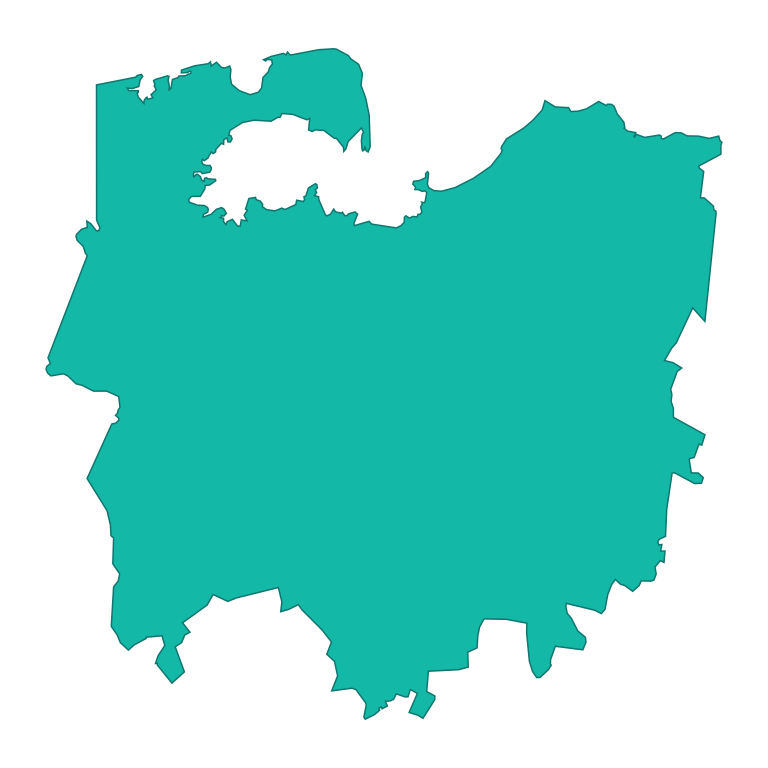 San Antero, Córdoba, Colombia (Natural Earth projection)
{"feature_id": "7082276B13648445071260", "entity_name": "San Antero", "entity_type": "district", "adm_level": 2, "iso_a3": "COL", "parent_name": "Colombia", "parent_adm1": "Córdoba", "projection": "natural_earth1", "projection_center": [-75.777, 9.358], "detail": "fine", "context": "isolated", "style": "filled", "palette": "teal", "viewbox_px": 768, "rotation_deg": 0, "n_neighbors": 0, "source": "geoboundaries", "source_scale": "gbopen_adm2", "svg_char_len": 6027}
<svg xmlns="http://www.w3.org/2000/svg" viewBox="0 0 768 768"><path d="M423.0,718.3L434.8,699.6L434.8,695.9L426.7,691.6L428.4,671.2L458.4,669.7L468.2,667.2L467.8,652.2L477.1,647.8L477.8,635.7L479.6,627.0L484.0,618.9L506.2,619.3L526.9,623.2L526.6,632.6L529.4,661.4L532.6,671.6L536.7,677.6L540.2,677.4L548.3,669.7L551.2,665.2L550.4,663.9L550.6,659.5L555.3,646.3L582.9,649.8L586.0,642.1L585.4,637.3L577.8,630.9L571.3,618.2L567.2,613.4L565.8,606.2L566.3,603.4L594.7,610.2L601.3,613.6L605.0,609.4L607.7,594.8L611.5,584.8L615.3,579.5L620.6,584.3L624.6,585.4L632.7,591.3L639.1,585.6L641.2,580.9L651.1,581.1L654.0,580.0L656.2,574.0L655.0,566.9L660.4,560.7L664.0,562.4L665.0,551.0L660.6,551.1L661.9,544.5L658.8,544.9L657.8,541.8L659.2,539.3L665.5,536.4L666.7,509.5L672.1,473.2L674.1,472.6L694.7,483.6L701.5,483.2L703.3,477.6L698.3,473.0L691.3,472.9L689.3,460.2L689.6,458.6L694.1,457.5L699.0,444.2L701.8,445.1L705.0,434.8L673.4,417.3L673.4,408.6L671.1,401.3L671.9,394.6L670.7,389.2L677.2,371.5L681.7,368.0L673.0,362.7L664.5,360.5L671.7,348.1L676.2,343.0L692.7,307.9L704.9,321.4L716.1,213.2L715.8,211.0L713.9,210.0L713.4,206.1L704.2,197.9L700.4,197.8L703.7,171.5L699.2,168.0L698.6,166.1L720.9,154.2L720.9,145.3L721.9,142.3L720.0,140.7L718.7,136.1L709.3,138.4L698.5,136.1L687.1,135.9L681.3,132.9L675.3,132.6L663.3,139.0L661.3,138.3L661.1,136.0L659.6,135.0L644.7,137.4L636.0,134.2L634.8,136.9L634.1,136.6L635.7,132.6L627.5,131.1L624.1,128.1L624.8,127.3L623.8,122.1L617.2,113.9L614.2,106.5L611.7,104.4L607.4,104.2L606.5,105.6L598.6,101.5L586.5,108.9L577.8,111.2L570.8,111.5L568.6,107.7L555.2,106.9L545.0,100.6L542.1,110.1L532.8,120.3L523.8,128.0L506.5,138.9L501.7,146.4L501.1,148.8L502.3,150.3L500.9,153.4L490.8,166.3L473.6,178.2L455.3,187.5L441.6,191.2L434.0,190.6L428.7,187.7L427.4,184.0L428.6,173.2L427.5,171.6L425.6,173.6L425.7,177.6L419.7,180.5L413.6,181.3L412.8,184.1L415.6,187.2L414.9,189.6L418.3,189.6L422.3,191.4L424.9,190.8L426.8,192.6L425.2,201.1L424.4,202.7L421.8,202.2L422.5,203.2L420.6,207.0L421.9,212.2L419.8,214.4L418.0,214.3L417.0,217.0L413.0,216.4L409.4,218.1L405.9,215.8L404.4,217.2L404.2,222.3L400.9,225.7L396.3,227.9L371.6,224.1L369.2,221.3L354.5,225.6L353.8,223.7L357.6,214.2L355.0,211.9L348.5,213.9L347.2,215.6L344.7,215.6L342.4,212.2L341.8,213.2L335.6,211.9L333.7,209.1L330.5,214.2L326.9,215.9L325.4,214.8L318.9,199.8L318.6,196.7L314.4,195.6L316.6,192.6L315.2,189.7L317.4,188.0L316.8,184.6L315.4,183.7L308.4,188.0L306.0,195.7L303.9,196.9L304.6,199.8L303.4,201.5L296.7,200.2L295.8,204.5L285.1,209.5L281.8,208.1L275.0,210.9L266.5,209.6L262.4,206.7L262.6,204.2L260.3,201.1L256.2,199.7L255.5,197.4L248.9,198.5L245.5,209.2L247.4,210.1L244.1,215.2L247.1,220.9L241.3,219.9L240.2,226.1L237.6,226.1L232.4,219.3L227.2,221.7L225.9,224.6L223.6,221.7L223.6,218.3L220.2,217.6L221.5,216.9L221.5,215.4L223.8,216.1L226.4,213.5L224.0,209.2L221.6,207.6L216.3,209.3L211.2,214.3L203.1,217.1L203.3,214.5L207.6,212.3L208.3,209.4L207.5,207.5L204.4,205.5L197.6,205.2L189.5,202.3L188.5,199.8L191.4,196.4L200.3,196.3L204.8,189.0L205.3,185.4L209.6,185.0L215.8,180.7L215.4,179.4L208.0,178.8L206.6,177.8L204.5,178.4L204.2,181.3L201.6,180.2L200.5,176.8L197.6,174.3L196.3,174.3L194.0,176.8L193.4,175.8L193.8,172.1L200.5,171.6L202.4,173.6L209.7,172.2L211.1,169.8L211.4,167.6L209.9,165.4L206.0,165.5L202.7,164.0L201.7,161.5L202.4,159.4L204.2,160.7L207.8,158.2L211.2,152.0L213.2,153.6L215.6,151.9L215.8,149.4L221.4,143.3L223.6,144.3L223.8,139.7L227.0,137.9L227.9,141.9L230.5,141.9L232.1,138.8L230.8,135.6L228.7,135.4L230.1,130.3L242.5,122.5L254.0,120.2L271.1,121.2L277.7,117.4L280.2,117.2L281.9,113.5L292.9,114.4L306.9,119.8L309.7,118.4L308.6,130.0L312.2,131.5L315.3,129.9L324.0,130.5L334.1,138.2L336.3,138.2L343.4,147.1L343.8,151.4L346.0,148.7L348.1,141.6L361.4,128.0L363.6,132.3L362.3,134.1L361.4,140.7L362.0,149.3L362.8,150.9L364.2,149.8L364.9,146.4L366.0,150.5L368.1,152.0L370.2,146.8L369.2,115.2L365.8,98.5L361.0,85.3L362.4,73.4L358.7,64.4L351.0,59.0L348.4,55.6L336.3,49.1L333.2,48.8L318.6,49.7L290.3,55.1L287.5,52.1L286.1,54.8L283.4,53.4L271.2,56.4L263.5,59.7L265.5,61.0L267.1,59.4L271.7,60.0L272.4,63.9L269.6,67.6L268.3,71.9L263.0,77.5L261.6,87.9L258.4,92.2L250.2,94.7L239.2,90.6L231.6,84.2L230.2,77.0L230.9,69.7L229.7,66.0L224.9,68.0L221.4,67.4L216.5,62.3L211.2,66.0L210.5,61.9L208.3,63.7L194.6,65.8L181.5,70.1L181.3,72.9L187.7,72.5L189.3,71.1L190.9,71.3L191.1,72.9L185.2,75.8L178.9,76.0L178.3,77.5L172.4,79.5L171.1,88.3L170.1,87.9L169.0,90.8L169.4,86.3L168.1,80.1L169.0,76.4L167.6,75.8L155.2,79.5L153.6,80.7L154.9,84.4L154.2,85.9L156.3,89.8L151.0,94.7L152.9,97.8L147.5,99.4L147.1,97.2L146.2,97.6L144.3,100.0L143.9,103.5L138.1,96.9L137.2,92.8L138.3,92.4L138.3,90.6L128.8,90.6L127.2,88.1L132.5,88.5L138.8,86.5L140.1,80.1L142.7,76.4L141.5,74.5L137.4,75.4L135.6,77.2L96.5,84.9L96.6,220.2L99.9,227.6L98.8,230.7L96.5,230.9L90.6,223.5L86.8,221.1L87.3,227.3L81.4,229.4L76.6,234.3L76.0,236.3L77.0,240.1L83.3,246.6L85.4,253.3L87.3,255.7L48.0,357.8L50.4,363.4L46.7,366.5L46.1,369.5L47.8,373.3L50.9,375.9L63.4,373.8L67.8,375.9L76.0,383.8L81.8,385.2L93.5,391.1L106.6,391.1L118.7,396.5L120.0,407.3L118.1,410.2L117.5,413.2L115.5,415.4L118.9,418.3L118.8,420.2L115.8,423.1L111.8,424.0L87.1,478.5L107.1,510.8L110.4,524.9L111.0,535.7L113.6,537.9L112.8,563.8L119.7,573.9L118.2,581.0L113.6,587.0L111.3,626.4L117.2,635.0L120.4,642.7L128.4,650.1L134.3,644.8L146.2,638.4L146.2,637.2L162.0,635.8L164.8,645.5L158.1,655.7L155.5,663.5L157.4,663.5L157.4,665.1L171.9,683.1L184.4,671.9L175.2,646.8L181.7,642.5L184.7,635.1L190.0,632.2L182.5,622.8L207.1,605.1L213.1,594.5L227.8,601.4L236.4,597.9L278.4,587.5L281.9,602.0L280.7,611.7L288.9,609.3L298.3,604.6L302.0,609.8L322.1,630.0L331.5,642.0L326.8,654.3L334.5,661.4L337.6,675.9L331.7,690.9L351.7,688.2L355.9,689.5L365.5,702.6L366.2,705.0L363.9,717.1L365.2,719.2L374.4,714.7L379.7,710.2L378.9,708.3L381.3,706.9L382.1,708.8L387.4,706.0L385.4,701.3L390.3,700.9L393.6,699.3L396.3,693.9L404.9,696.9L408.0,696.8L410.3,689.5L417.4,693.4L409.1,712.5L417.9,715.2L423.0,718.3Z" fill="#14b8a6" stroke="#0f766e" stroke-width="1.5"/></svg>